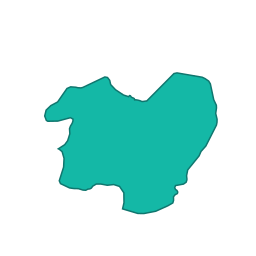 map outline of Zanjan (orthographic projection), rotated 123°
{"feature_id": "IRN-3234", "entity_name": "Zanjan", "entity_type": "Province", "adm_level": 1, "iso_a3": "IRN", "parent_name": "Iran", "parent_adm1": "", "projection": "orthographic", "projection_center": [48.438, 36.394], "detail": "fine", "context": "isolated", "style": "filled", "palette": "teal", "viewbox_px": 256, "rotation_deg": 123, "n_neighbors": 0, "source": "natural_earth", "source_scale": "10m", "svg_char_len": 1379}
<svg xmlns="http://www.w3.org/2000/svg" viewBox="0 0 256 256"><g transform="rotate(123 128 128)"><path d="M171.5,52.2L182.7,59.4L191.1,68.1L194.3,73.2L198.8,88.5L192.8,90.7L184.6,96.2L181.6,103.3L183.2,109.2L187.3,114.2L189.8,120.3L192.3,124.1L196.0,125.9L198.3,126.0L199.8,126.8L201.2,128.4L203.2,129.5L204.6,132.0L205.9,136.6L208.3,140.5L210.1,144.4L211.4,154.3L209.7,156.9L195.9,160.7L188.3,165.1L183.7,170.4L183.3,174.1L183.4,175.1L176.5,172.0L171.5,171.7L164.6,173.6L160.4,176.7L157.7,177.3L154.4,177.4L152.1,178.0L150.5,179.0L150.7,181.9L160.4,190.6L166.0,198.9L166.1,200.6L163.3,204.4L157.6,206.4L151.2,204.9L144.5,201.2L128.1,200.7L124.7,198.5L122.2,193.9L121.5,191.9L120.0,189.3L118.6,188.0L97.8,175.2L96.8,172.7L98.0,169.3L101.0,166.2L102.7,159.3L102.8,149.8L101.4,144.5L100.1,144.4L99.8,144.2L99.7,143.5L99.9,142.9L100.2,142.3L100.3,141.7L99.9,139.4L100.0,138.6L100.8,137.8L100.1,136.8L99.3,135.0L98.6,132.9L98.3,131.1L97.8,130.1L95.4,127.4L95.2,127.0L57.3,119.1L55.1,116.9L45.0,93.4L44.6,90.4L44.7,85.9L46.1,83.0L57.6,71.5L60.8,66.3L63.0,64.7L68.0,62.4L72.1,58.1L74.7,56.5L77.4,55.4L100.8,52.9L107.9,54.0L112.7,53.2L130.6,55.1L136.1,52.9L138.7,50.8L139.6,50.3L141.8,49.7L144.8,50.9L150.4,56.8L152.7,56.3L153.7,54.6L153.7,53.0L154.6,51.4L156.1,50.9L158.2,52.1L160.9,52.4L163.8,50.4L166.4,49.6L171.5,52.2Z" fill="#14b8a6" stroke="#0f766e" stroke-width="1.5"/></g></svg>